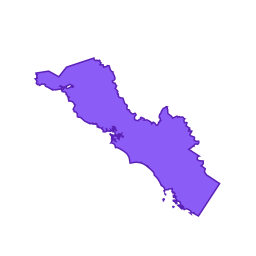 Abau District, Central, Papua New Guinea, rotated 33°
{"feature_id": "67681753B18865341537387", "entity_name": "Abau District", "entity_type": "district", "adm_level": 2, "iso_a3": "PNG", "parent_name": "Papua New Guinea", "parent_adm1": "Central", "projection": "albers", "projection_center": [148.82, -10.068], "detail": "fine", "context": "isolated", "style": "filled", "palette": "violet", "viewbox_px": 256, "rotation_deg": 33, "n_neighbors": 0, "source": "geoboundaries", "source_scale": "gbopen_adm2", "svg_char_len": 5965}
<svg xmlns="http://www.w3.org/2000/svg" viewBox="0 0 256 256"><g transform="rotate(33 128 128)"><path d="M149.6,88.8L148.4,89.3L147.9,91.1L146.9,92.4L146.9,95.7L147.5,98.0L147.1,99.2L148.2,101.9L148.8,102.4L149.7,102.2L150.8,103.7L151.5,103.9L150.8,104.7L151.2,105.7L150.5,106.6L151.1,107.2L151.2,109.4L150.4,110.3L148.3,109.4L146.2,109.3L145.7,111.4L145.1,110.5L144.6,111.0L143.0,110.5L139.7,110.8L137.2,112.6L137.2,111.8L136.1,111.4L133.3,111.9L132.9,112.3L133.6,112.8L133.8,113.6L132.7,114.7L132.5,116.4L129.9,117.3L128.6,117.0L127.2,114.6L127.7,113.1L127.4,112.3L125.9,111.8L124.5,113.6L123.4,113.9L120.3,113.3L119.8,112.4L118.8,112.2L117.4,112.9L115.8,111.6L115.6,110.2L114.6,109.3L111.9,109.3L107.6,105.8L104.2,107.0L102.6,106.6L101.9,105.4L101.3,105.5L101.1,104.7L99.8,104.4L99.5,102.8L95.6,101.7L95.8,100.2L95.3,99.5L95.5,98.8L92.9,97.9L92.8,97.5L90.6,98.2L89.3,97.1L90.2,95.9L90.4,93.9L88.9,92.3L85.4,90.0L84.8,89.1L83.5,89.6L81.2,88.6L78.3,86.1L76.8,86.8L76.1,89.0L75.2,89.2L74.3,90.3L72.8,88.6L72.3,88.6L71.3,89.9L70.5,89.5L70.0,89.9L69.9,88.0L68.5,87.9L67.7,86.8L67.1,86.7L66.3,87.8L64.9,88.1L64.7,88.8L63.8,89.2L62.7,89.1L61.3,87.9L43.3,110.4L42.1,122.7L30.5,123.5L20.9,132.1L22.0,132.8L22.4,132.4L22.7,132.5L22.9,132.9L22.3,133.3L23.2,133.7L23.8,135.1L25.5,135.6L24.5,135.7L24.2,136.5L23.4,137.3L26.1,138.2L26.7,140.4L27.8,140.8L28.7,140.8L29.2,140.2L30.7,140.4L31.7,138.2L34.2,136.6L35.0,136.6L35.2,137.4L36.7,137.9L38.0,137.5L43.8,137.2L43.7,136.8L44.3,136.9L46.4,135.5L51.0,131.4L51.1,131.0L49.4,129.5L48.1,129.9L48.2,129.5L49.4,129.2L50.8,130.1L50.8,129.3L52.7,128.2L53.3,126.8L53.8,127.2L53.9,125.8L55.2,123.7L55.0,122.7L55.4,123.2L58.5,122.6L60.2,123.1L58.2,123.3L57.9,123.9L58.7,124.2L57.7,124.7L56.1,127.5L55.1,128.1L53.6,127.9L52.4,129.3L52.6,130.9L51.4,132.1L53.0,133.3L55.8,132.0L56.8,132.0L57.8,133.6L58.5,133.2L60.2,134.6L61.8,134.2L61.6,135.6L63.8,137.7L64.6,136.9L67.2,136.2L69.3,136.8L70.5,137.6L71.2,137.4L71.8,142.2L73.5,143.0L73.9,143.6L75.7,143.0L77.6,143.6L79.5,146.2L82.7,145.0L87.9,145.8L93.4,145.2L93.2,144.9L97.7,143.2L96.6,143.6L95.7,143.5L95.7,143.2L96.4,143.4L99.3,142.3L98.2,142.2L98.7,141.6L99.7,141.6L101.8,143.9L102.3,143.6L102.1,142.0L102.5,143.3L103.6,143.5L104.4,142.9L106.3,142.7L106.5,142.1L106.9,143.2L108.7,143.2L109.1,144.6L109.8,144.4L111.3,143.4L111.9,142.3L110.4,140.5L110.8,140.5L111.0,141.2L112.8,141.6L114.0,140.7L114.7,140.7L115.4,140.0L114.5,139.1L115.6,139.4L116.7,138.2L116.8,137.7L116.0,137.9L115.1,137.0L115.1,136.4L114.5,136.4L115.4,136.3L115.3,136.9L116.2,137.7L116.8,137.4L116.2,135.1L114.7,135.0L115.5,134.2L115.8,134.3L115.1,134.8L117.6,134.9L117.5,135.4L116.5,135.3L117.0,136.1L120.3,136.2L117.1,136.8L117.2,138.9L117.4,139.4L119.1,138.4L120.4,139.9L120.8,141.1L122.1,140.1L123.2,140.1L123.5,137.8L124.6,137.3L125.5,137.4L125.8,136.3L126.4,138.1L128.4,137.6L128.9,138.2L128.7,138.4L128.2,137.9L127.9,138.3L127.5,138.1L126.2,138.5L125.2,139.1L123.9,140.6L125.0,140.8L125.9,140.4L126.0,140.9L125.2,142.2L126.6,142.1L127.3,142.9L126.5,142.3L124.9,142.2L125.7,140.7L124.7,141.0L123.1,141.0L121.0,142.0L120.1,143.7L118.7,144.4L120.4,144.3L121.9,144.8L122.8,144.5L122.5,145.0L123.4,145.0L124.9,145.9L124.2,146.0L124.0,145.6L122.7,145.2L121.7,145.7L121.0,145.3L120.2,145.6L120.3,146.1L121.3,145.9L121.8,146.6L122.7,146.6L121.0,146.8L121.8,148.6L121.7,149.9L122.8,149.2L124.8,149.0L126.1,149.3L128.2,151.3L129.1,150.4L131.7,149.9L137.6,149.7L141.6,150.3L145.0,152.1L148.9,156.3L153.4,152.2L157.4,150.4L157.7,149.8L158.0,150.2L160.4,149.7L164.3,149.6L164.8,149.2L165.5,149.4L165.1,149.8L170.1,150.4L173.4,151.2L174.9,151.9L175.4,153.1L179.8,154.1L183.4,155.6L187.1,158.0L187.4,157.7L187.8,158.1L189.8,158.0L192.8,159.6L195.3,157.8L195.7,156.6L197.4,155.5L197.8,154.8L198.3,154.9L198.4,155.2L197.9,155.4L199.2,156.2L199.3,157.2L200.9,158.0L201.4,156.8L202.9,157.3L202.7,158.2L204.1,159.2L203.5,160.0L202.9,160.1L203.8,161.3L204.1,161.3L204.9,159.6L205.7,159.4L205.8,160.9L208.4,161.8L207.9,162.0L208.7,163.0L206.4,163.1L205.3,164.0L205.8,164.6L207.3,164.3L209.6,165.3L210.2,164.8L209.1,163.5L209.0,162.7L209.6,162.1L210.9,161.7L212.0,162.1L212.3,161.8L213.8,163.5L213.3,164.9L212.1,165.2L212.0,165.8L214.1,165.9L216.1,166.5L216.7,166.2L217.3,166.5L217.2,165.4L216.0,165.1L215.0,165.6L214.2,165.5L213.6,165.0L214.4,164.8L213.7,164.2L214.7,163.7L215.0,164.1L215.6,163.6L217.4,163.9L218.2,164.7L218.2,165.4L219.6,165.8L220.2,164.6L221.2,163.8L223.0,163.4L225.5,163.4L227.2,164.3L228.6,164.0L229.4,163.2L229.8,163.8L235.0,163.4L235.1,124.7L219.5,124.6L216.0,123.2L214.9,120.0L209.9,119.9L209.7,119.7L210.5,118.5L210.5,116.9L209.1,114.7L205.8,116.5L203.8,116.8L203.0,116.6L202.1,114.2L202.2,113.6L203.0,112.8L190.5,112.8L192.1,109.5L192.1,108.1L193.3,107.5L192.7,106.3L193.0,105.2L193.5,104.4L195.2,103.8L195.6,102.8L195.4,101.8L194.5,100.6L192.0,102.2L189.9,102.0L189.3,100.1L188.3,99.5L184.8,100.4L183.8,100.2L183.4,99.6L183.4,97.0L183.0,96.7L183.2,95.9L182.4,96.1L181.9,97.2L180.4,97.5L180.7,95.7L179.7,95.8L179.8,94.5L177.9,94.7L177.0,94.4L176.0,94.8L175.4,94.6L174.7,91.5L174.1,91.5L172.6,92.7L171.5,92.1L170.7,91.0L170.6,89.4L170.3,89.6L167.9,89.0L166.0,90.4L164.8,90.5L164.1,91.8L163.2,91.3L162.5,91.5L160.2,95.4L158.3,94.5L153.9,94.2L153.0,93.5L151.4,91.1L149.7,89.7L149.6,88.8ZM120.3,141.8L117.6,142.6L117.4,143.3L118.4,143.8L119.9,143.3L120.5,142.4L120.3,141.8ZM125.6,138.7L125.8,138.1L125.4,137.7L124.1,137.7L123.8,138.0L124.6,139.2L125.6,138.7ZM120.2,144.5L119.4,144.6L119.9,145.7L120.5,145.1L122.0,145.2L120.2,144.5ZM196.7,167.8L196.2,168.7L197.2,169.6L197.3,168.2L196.7,167.8ZM209.4,169.1L208.5,169.2L208.4,169.4L209.1,169.9L209.4,169.1ZM193.2,161.6L193.1,161.0L192.5,160.6L192.3,160.9L193.2,161.6ZM116.8,143.2L116.9,142.7L116.6,142.5L116.3,143.0L116.8,143.2ZM195.8,163.4L195.6,163.0L195.0,163.1L195.2,163.4L195.8,163.4ZM227.3,165.6L226.9,165.3L226.5,165.5L227.3,165.6ZM118.0,136.3L117.5,136.3L117.2,136.4L117.6,136.6L118.0,136.3Z" fill="#8b5cf6" stroke="#5b21b6" stroke-width="1.5"/></g></svg>